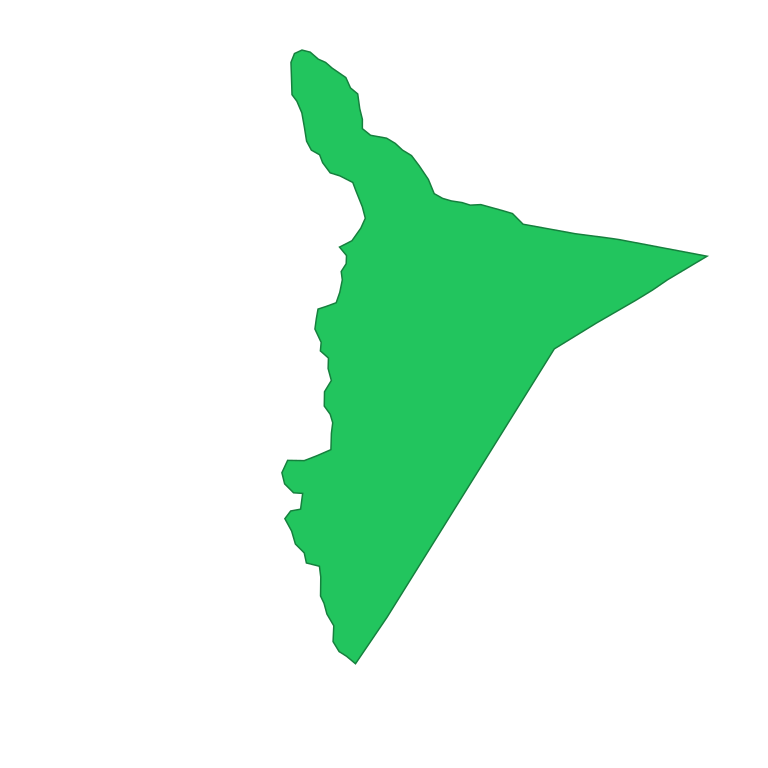 Bela Vista do Maranhão, Maranhão, Brazil (Albers equal-area conic projection), rotated 117°
{"feature_id": "56859067B77541531950227", "entity_name": "Bela Vista do Maranhão", "entity_type": "district", "adm_level": 2, "iso_a3": "BRA", "parent_name": "Brazil", "parent_adm1": "Maranhão", "projection": "albers", "projection_center": [-45.274, -3.767], "detail": "fine", "context": "isolated", "style": "filled", "palette": "green", "viewbox_px": 768, "rotation_deg": 117, "n_neighbors": 0, "source": "geoboundaries", "source_scale": "gbopen_adm2", "svg_char_len": 1431}
<svg xmlns="http://www.w3.org/2000/svg" viewBox="0 0 768 768"><g transform="rotate(117 384 384)"><path d="M178.4,187.4L162.4,178.7L123.5,154.2L148.5,239.8L151.0,247.3L163.3,281.9L178.5,332.6L173.8,346.9L175.5,356.1L180.2,379.2L185.5,388.4L186.9,396.8L190.3,407.1L192.0,416.0L191.6,425.7L181.6,437.3L173.6,451.7L168.0,463.2L167.2,473.7L164.5,483.2L163.8,493.3L168.5,508.9L166.3,519.2L158.0,523.4L149.7,530.6L137.5,539.1L135.4,548.3L128.3,557.1L126.1,573.6L124.0,582.0L124.4,590.0L121.8,600.4L123.7,608.7L130.2,613.8L139.7,612.9L150.7,606.8L168.0,597.3L171.6,590.0L179.7,580.3L191.5,571.4L202.8,563.2L208.6,554.9L209.0,545.4L214.7,539.1L220.3,527.8L218.6,517.8L218.6,503.3L224.2,497.2L236.0,483.7L244.8,475.9L255.7,475.4L270.9,477.6L282.2,485.8L286.6,475.7L294.0,472.3L303.2,473.2L310.2,468.4L322.4,465.0L333.3,463.5L341.4,471.0L347.2,476.8L356.4,474.0L366.4,470.5L375.4,458.9L383.4,455.7L386.1,445.3L395.6,440.8L404.8,432.5L417.9,433.5L430.8,427.2L435.4,418.2L441.8,412.1L451.8,408.5L466.6,401.5L478.8,411.6L488.5,420.3L495.8,435.2L509.4,434.7L518.1,427.2L522.0,415.2L518.4,406.8L533.4,401.5L539.5,409.5L549.0,411.2L557.0,399.5L566.8,390.3L570.7,378.4L578.7,371.9L575.7,358.8L584.7,352.7L594.4,347.9L601.7,344.3L606.6,337.9L614.9,330.4L622.2,319.0L636.7,312.4L642.8,302.5L643.6,293.8L646.2,282.4L590.5,275.4L275.4,248.2L233.4,222.5L218.6,212.9L195.5,197.9L178.4,187.4Z" fill="#22c55e" stroke="#15803d" stroke-width="1.5"/></g></svg>